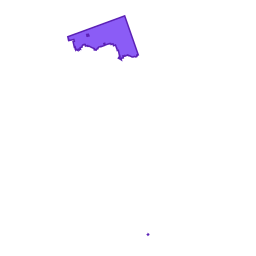 outline of Unincorporated NSW, New South Wales, Australia, rotated 73°
{"feature_id": "25037944B59579883363479", "entity_name": "Unincorporated NSW", "entity_type": "district", "adm_level": 2, "iso_a3": "AUS", "parent_name": "Australia", "parent_adm1": "New South Wales", "projection": "orthographic", "projection_center": [147.013, -31.429], "detail": "fine", "context": "isolated", "style": "filled", "palette": "violet", "viewbox_px": 256, "rotation_deg": 73, "n_neighbors": 0, "source": "geoboundaries", "source_scale": "gbopen_adm2", "svg_char_len": 3145}
<svg xmlns="http://www.w3.org/2000/svg" viewBox="0 0 256 256"><g transform="rotate(73 128 128)"><path d="M61.1,96.8L19.8,98.4L23.1,158.9L26.1,159.1L26.1,158.8L26.6,158.9L26.6,159.2L27.1,159.2L27.5,153.9L29.5,154.0L29.4,155.3L35.0,155.7L34.8,154.9L35.8,154.9L35.8,155.2L36.6,155.3L36.6,155.2L37.2,155.3L37.4,155.4L37.7,155.3L37.7,155.2L37.8,155.3L37.7,155.2L37.8,155.2L38.0,155.2L37.9,155.1L38.0,155.0L38.0,154.9L37.9,154.8L37.9,154.7L38.1,154.5L38.2,154.4L38.2,154.2L38.3,154.2L38.5,154.1L38.7,153.9L38.8,153.7L39.0,153.5L38.9,153.5L38.8,153.4L38.8,153.2L38.7,153.0L38.8,153.0L38.6,153.0L38.6,152.9L38.7,152.7L38.8,152.6L38.7,152.5L38.6,152.4L38.8,152.3L38.8,152.2L38.7,152.2L38.8,152.1L38.7,152.1L38.4,152.0L38.5,152.0L38.6,151.9L38.7,151.7L38.6,151.4L38.5,151.2L38.4,151.2L38.5,151.0L38.6,150.9L38.7,150.7L38.8,150.6L38.9,150.4L37.1,150.2L37.2,148.9L37.1,148.1L35.8,148.0L35.7,148.0L35.8,148.0L35.6,147.4L35.4,147.1L35.5,146.9L35.4,146.6L35.5,146.4L35.2,146.2L35.3,145.5L35.4,144.8L36.8,144.9L37.1,144.7L36.9,144.5L37.0,144.5L37.1,144.4L37.1,144.1L37.2,143.9L37.2,143.6L37.3,143.5L37.5,143.4L37.4,142.6L38.0,142.7L38.3,142.4L38.3,141.3L40.0,139.6L41.9,137.5L41.8,137.4L42.3,136.9L42.5,136.9L42.8,137.1L43.0,137.1L43.0,137.3L43.3,137.5L43.8,136.8L43.4,136.5L43.9,135.9L44.2,135.6L43.4,134.7L43.4,134.3L43.2,134.3L42.9,134.0L43.1,133.8L43.3,133.6L42.1,132.6L42.0,130.1L42.4,130.1L42.2,126.4L40.2,126.4L40.2,125.5L42.0,125.5L41.9,122.6L41.8,121.4L42.1,121.4L42.1,119.9L43.2,119.8L43.1,117.8L45.1,117.8L45.0,115.7L48.3,115.6L48.3,115.4L50.8,115.6L50.9,114.5L56.1,115.0L56.1,114.9L56.1,114.7L57.3,114.8L57.2,115.2L57.2,115.4L58.2,115.5L58.0,116.3L58.4,116.8L58.7,116.5L58.7,116.4L58.8,116.4L59.2,116.0L59.1,115.9L61.0,114.4L59.3,114.2L59.6,112.0L57.5,111.8L57.5,111.7L57.8,111.5L57.9,111.3L57.9,111.2L58.0,111.2L58.3,110.8L58.3,110.7L58.3,110.4L58.3,110.1L58.2,110.0L58.3,110.0L58.3,109.8L58.4,109.7L58.4,109.4L58.4,109.2L58.3,108.9L58.3,108.7L58.2,108.6L58.1,108.4L58.1,108.2L58.2,107.9L58.3,107.7L58.3,107.4L58.2,107.3L58.2,107.1L58.4,106.9L58.2,106.8L58.4,106.6L58.6,106.5L58.6,106.4L58.9,106.2L59.0,106.1L58.9,106.0L59.0,105.9L59.2,105.7L59.3,105.7L59.3,105.4L59.5,105.2L59.9,104.9L60.0,104.8L60.1,104.6L60.3,104.4L60.4,104.2L60.5,104.1L60.6,103.9L60.6,104.0L60.7,103.9L60.8,103.8L60.9,103.7L61.1,103.6L61.1,103.4L61.3,103.2L61.5,102.8L61.5,102.7L61.6,102.4L61.6,102.2L61.6,101.9L61.5,101.7L61.4,101.3L61.4,101.1L61.5,100.9L61.7,100.7L61.9,100.5L62.0,100.4L61.9,100.3L61.9,100.2L62.0,100.1L62.1,99.9L62.1,99.7L62.2,99.4L62.3,99.3L62.3,99.1L62.2,99.1L62.2,98.9L62.1,98.7L61.9,98.5L61.8,98.4L61.7,98.2L61.5,98.3L61.2,98.4L60.9,98.3L60.7,98.0L60.7,97.8L60.8,97.5L60.8,97.4L60.9,97.2L61.0,97.0L61.1,96.9L61.1,96.8ZM26.8,139.2L26.8,138.5L28.5,138.4L28.5,138.6L28.4,138.8L28.4,139.2L28.4,140.0L27.7,140.1L27.7,140.3L27.5,140.2L27.4,140.2L27.5,140.1L26.9,140.1L26.6,139.8L26.8,139.7L26.8,139.2ZM235.8,139.6L236.0,139.9L235.9,139.9L235.9,140.0L235.8,140.3L235.8,140.5L236.0,140.4L236.1,140.2L236.1,139.9L236.0,139.7L235.9,139.5L235.9,139.4L235.6,139.4L235.5,139.5L235.8,139.5L235.8,139.6Z" fill="#8b5cf6" stroke="#5b21b6" stroke-width="1.5"/></g></svg>